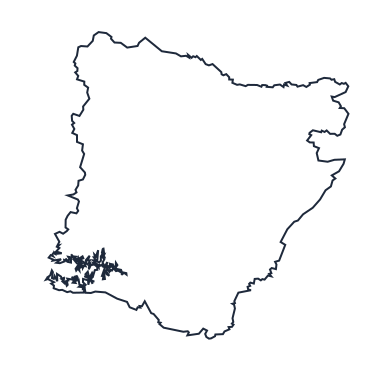 Sragen, Jawa Tengah, Indonesia (Equal Earth projection), rotated 282°
{"feature_id": "22746128B28263166501815", "entity_name": "Sragen", "entity_type": "district", "adm_level": 2, "iso_a3": "IDN", "parent_name": "Indonesia", "parent_adm1": "Jawa Tengah", "projection": "equal_earth", "projection_center": [110.906, -7.392], "detail": "fine", "context": "isolated", "style": "outline", "palette": "slate", "viewbox_px": 384, "rotation_deg": 282, "n_neighbors": 0, "source": "geoboundaries", "source_scale": "gbopen_adm2", "svg_char_len": 5779}
<svg xmlns="http://www.w3.org/2000/svg" viewBox="0 0 384 384"><g transform="rotate(282 192 192)"><path d="M76.9,257.9L87.0,258.2L90.5,256.6L91.1,254.8L92.3,257.1L94.0,256.1L103.2,258.3L108.2,270.1L108.4,267.2L110.8,266.1L112.3,268.4L114.0,267.0L115.5,267.9L115.3,271.5L120.0,271.4L121.0,274.7L119.9,277.7L121.4,278.9L121.4,281.2L126.1,283.7L126.0,287.0L128.0,284.5L129.1,286.5L132.4,284.4L134.2,285.8L134.0,290.1L138.6,289.7L141.0,287.8L143.0,291.5L159.7,294.2L161.5,289.1L175.4,293.0L184.2,298.2L186.1,301.5L193.3,305.3L201.7,313.4L211.3,318.8L221.5,322.3L226.3,326.7L232.5,327.1L235.0,329.4L237.3,325.3L242.8,331.5L251.1,334.4L255.7,334.7L253.1,324.6L249.8,318.4L249.1,309.1L256.0,305.9L261.3,307.1L262.2,301.7L265.7,300.7L265.0,296.9L266.3,293.9L272.4,296.8L273.0,294.7L274.3,294.7L277.5,297.4L277.3,305.9L279.0,306.1L278.3,309.2L280.2,310.9L277.6,315.0L278.6,319.5L277.2,322.4L279.1,325.2L284.2,325.9L287.1,328.1L290.0,326.7L301.0,328.8L305.6,323.5L304.9,319.1L306.9,319.8L310.2,316.8L310.7,311.1L314.4,308.8L314.5,311.8L321.7,321.5L327.9,322.9L330.7,319.6L329.4,318.1L329.7,315.8L327.9,314.2L329.5,309.1L331.9,307.7L330.8,305.1L331.8,303.4L331.1,297.5L327.9,292.2L325.5,291.5L323.0,284.4L321.5,285.0L318.5,282.0L319.6,278.5L317.0,273.3L318.4,271.9L317.9,267.0L319.9,264.2L318.1,260.7L315.9,262.9L316.3,259.7L313.7,259.7L315.4,255.7L313.5,250.3L311.2,249.2L310.4,243.2L311.6,243.3L311.8,241.6L311.2,238.4L309.4,238.0L310.2,233.4L308.4,224.4L306.7,222.5L307.2,216.4L306.2,213.8L307.2,208.8L310.4,208.6L309.8,205.0L312.0,204.5L314.4,201.0L312.7,198.4L313.3,196.5L315.4,195.7L321.4,185.5L319.4,182.2L319.9,178.8L324.3,174.3L323.0,173.2L326.0,168.4L324.6,167.4L325.0,164.9L323.2,163.7L325.3,159.8L322.9,161.1L324.0,157.9L322.4,153.0L324.2,147.5L323.4,133.2L333.2,114.2L327.0,109.2L323.5,108.4L319.8,98.6L323.1,91.3L322.1,85.1L325.1,80.9L326.9,81.0L329.6,75.2L329.0,67.4L324.7,63.4L319.2,63.5L312.6,59.5L311.7,53.1L309.9,50.7L301.4,51.1L294.6,49.3L293.5,51.2L291.3,51.0L289.3,54.3L286.5,54.7L284.7,52.9L281.9,56.6L278.3,56.1L277.6,63.7L274.4,64.3L272.5,68.7L267.5,68.8L261.9,72.2L253.0,67.7L249.9,68.6L243.0,66.1L243.8,59.6L241.5,58.5L236.7,59.9L235.0,62.4L232.9,60.6L229.2,63.8L224.9,62.6L223.7,67.7L217.1,69.1L216.0,75.4L209.7,75.9L206.8,78.6L193.0,77.4L188.8,83.2L186.6,84.0L181.6,82.7L179.4,78.7L174.7,79.3L169.9,77.6L167.6,79.1L165.0,76.6L162.8,71.2L160.9,81.9L159.2,83.4L152.2,82.8L149.9,84.6L147.1,83.4L147.1,77.4L142.9,75.3L138.6,74.2L131.0,75.7L129.7,78.7L127.8,77.7L124.4,74.6L125.5,70.7L122.5,66.7L115.7,72.6L111.4,71.4L112.2,73.0L110.2,71.7L109.6,73.9L105.6,71.5L105.0,77.3L103.5,72.8L104.3,70.2L102.9,71.0L103.4,69.1L101.4,68.2L100.3,69.4L100.9,66.9L98.0,65.5L97.0,70.3L95.8,69.9L99.1,77.9L94.6,74.0L94.9,77.5L97.5,81.6L98.9,81.1L98.4,83.7L100.7,82.2L99.1,84.1L100.1,85.9L97.8,85.2L97.8,88.3L102.0,87.4L101.8,85.3L102.9,84.3L103.0,89.0L105.9,86.8L104.3,89.0L104.6,92.0L101.9,90.5L102.7,94.2L104.0,94.4L103.0,95.0L106.3,98.3L104.6,99.5L102.6,96.6L101.6,97.8L100.3,91.7L98.8,93.6L100.3,93.8L100.4,97.1L99.3,96.3L99.6,98.0L98.5,97.7L99.3,99.4L97.1,98.5L97.4,96.0L95.5,97.9L94.3,96.8L95.6,95.3L92.7,94.1L91.0,95.1L93.3,96.3L91.8,98.1L93.9,97.3L95.7,99.9L96.6,98.7L97.1,100.7L95.3,101.1L97.4,101.8L97.3,103.3L101.0,100.5L99.8,104.0L103.2,102.3L108.4,105.1L103.4,104.3L103.8,106.3L100.7,105.8L101.6,108.2L100.2,106.5L94.9,107.2L99.4,108.2L100.5,110.9L101.3,110.4L99.6,113.8L101.9,113.7L101.9,110.5L103.4,111.0L103.2,112.9L104.6,109.5L105.1,112.4L107.7,109.5L108.2,111.6L108.5,110.4L110.6,109.5L109.2,111.5L115.6,112.3L104.3,113.7L103.8,115.7L105.8,117.2L110.1,116.2L112.7,117.3L113.9,116.5L117.4,116.5L118.0,116.8L118.2,117.2L113.1,119.0L110.6,117.3L112.4,119.2L110.2,118.8L110.2,119.9L109.9,120.1L109.7,118.0L107.8,120.2L104.6,119.2L102.2,121.0L102.3,122.6L105.9,123.7L102.6,123.6L102.3,124.9L101.5,122.8L100.2,123.7L101.6,127.5L104.0,126.8L102.5,128.9L104.7,128.0L104.7,129.7L102.4,130.5L103.8,132.8L106.9,132.3L105.0,134.2L101.1,132.7L101.1,138.8L99.0,140.1L99.0,144.6L97.6,145.1L98.8,142.4L96.3,140.2L98.1,140.7L99.7,136.1L98.8,134.1L101.2,131.0L98.7,130.2L99.2,128.3L97.7,129.7L98.4,128.3L96.7,127.8L99.6,125.0L96.4,124.8L92.9,128.5L93.8,125.6L97.0,123.4L95.7,122.4L88.8,124.9L88.1,123.0L91.4,122.9L91.2,121.4L100.1,122.5L100.6,120.2L102.8,119.4L101.0,118.1L102.1,115.7L100.2,117.6L100.8,115.8L99.1,116.3L100.8,114.4L96.2,115.6L95.4,113.2L90.1,112.8L92.2,111.1L90.5,110.6L89.9,112.7L89.0,112.7L89.6,110.8L89.2,110.4L87.3,113.0L88.6,108.4L92.4,106.6L89.5,104.9L87.4,108.6L87.2,104.1L86.2,108.6L85.0,109.1L86.1,111.2L84.5,112.2L84.1,115.1L83.8,112.7L81.5,113.8L83.9,111.8L84.6,110.0L79.7,109.9L84.0,108.7L84.3,103.5L81.1,104.1L79.1,107.3L77.3,106.3L71.3,108.8L72.2,114.1L74.5,118.1L75.8,128.2L72.1,141.0L71.0,151.3L66.3,155.0L65.1,162.1L67.9,162.8L68.2,165.5L69.6,164.5L69.9,166.8L75.3,168.5L65.0,177.3L64.7,179.8L59.9,186.1L57.6,186.1L57.6,188.4L56.1,187.6L53.4,192.5L53.5,212.6L54.9,216.8L54.0,218.1L50.8,217.3L54.8,228.2L60.7,231.4L59.6,235.5L55.9,234.4L53.2,236.2L52.1,239.1L52.8,241.1L55.7,244.5L57.5,244.5L59.4,251.8L62.4,252.8L65.5,257.2L67.5,255.9L68.4,259.1L70.9,260.2L71.5,258.4L73.5,259.4L76.9,257.9ZM71.1,106.9L75.1,107.0L74.3,105.4L77.6,104.8L76.1,104.0L75.8,101.2L77.9,103.1L78.0,101.1L83.1,99.2L83.1,95.6L84.8,97.7L85.8,96.8L84.8,94.9L83.4,95.3L83.7,91.9L81.3,97.5L80.3,95.6L78.8,97.0L78.5,94.2L80.0,94.9L81.5,93.9L81.3,88.1L79.7,89.4L78.2,86.6L78.1,88.5L75.3,89.7L74.2,89.0L76.6,87.6L75.9,86.7L77.7,83.7L79.2,84.6L79.8,82.8L80.8,84.8L81.4,84.6L80.1,82.4L82.0,81.5L83.8,77.0L76.7,78.8L81.3,75.1L78.3,74.9L78.7,72.9L84.7,72.6L86.2,71.2L80.9,70.6L78.9,68.7L78.1,70.1L78.2,68.3L75.9,67.4L76.9,69.1L75.1,75.7L73.1,73.3L71.8,76.4L69.1,76.7L68.3,82.4L69.3,85.4L68.1,90.7L69.6,93.7L68.7,96.5L71.1,106.9Z" fill="none" stroke="#1e293b" stroke-width="2"/></g></svg>